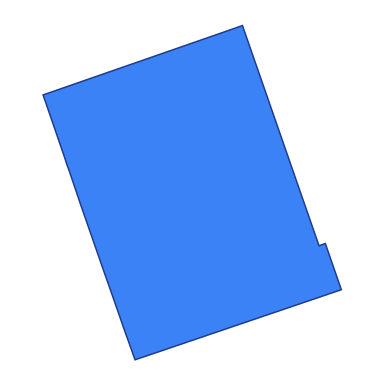 Hamilton, Kansas, United States of America, rotated 341°
{"feature_id": "52423323B73588263227538", "entity_name": "Hamilton", "entity_type": "district", "adm_level": 2, "iso_a3": "USA", "parent_name": "United States of America", "parent_adm1": "Kansas", "projection": "orthographic", "projection_center": [-101.918, 38.0], "detail": "fine", "context": "isolated", "style": "filled", "palette": "blue", "viewbox_px": 384, "rotation_deg": 341, "n_neighbors": 0, "source": "geoboundaries", "source_scale": "gbopen_adm2", "svg_char_len": 392}
<svg xmlns="http://www.w3.org/2000/svg" viewBox="0 0 384 384"><g transform="rotate(341 192 192)"><path d="M83.5,332.1L301.4,333.0L301.3,284.1L294.6,284.2L293.9,51.0L283.3,51.1L82.8,51.7L82.8,58.3L82.8,116.3L82.6,125.2L82.8,131.7L82.6,167.8L82.8,230.7L82.8,231.7L83.0,262.9L83.1,286.3L83.1,297.3L83.2,305.2L83.4,320.6L83.5,332.1Z" fill="#3b82f6" stroke="#1e3a8a" stroke-width="1.5"/></g></svg>